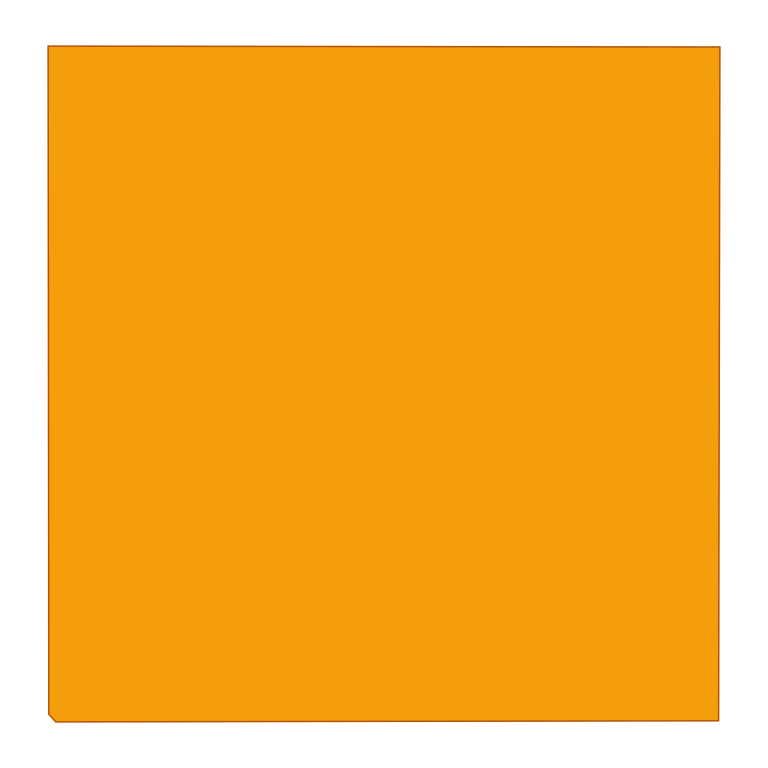 Greeley, Nebraska, United States of America (Albers equal-area conic projection), rotated 180°
{"feature_id": "52423323B21407841844396", "entity_name": "Greeley", "entity_type": "district", "adm_level": 2, "iso_a3": "USA", "parent_name": "United States of America", "parent_adm1": "Nebraska", "projection": "albers", "projection_center": [-98.464, 41.568], "detail": "fine", "context": "isolated", "style": "filled", "palette": "amber", "viewbox_px": 768, "rotation_deg": 180, "n_neighbors": 0, "source": "geoboundaries", "source_scale": "gbopen_adm2", "svg_char_len": 260}
<svg xmlns="http://www.w3.org/2000/svg" viewBox="0 0 768 768"><g transform="rotate(180 384 384)"><path d="M712.2,46.1L49.4,47.2L48.1,721.1L58.7,721.0L719.9,721.9L719.7,552.9L719.2,53.7L712.2,46.1Z" fill="#f59e0b" stroke="#b45309" stroke-width="1.5"/></g></svg>